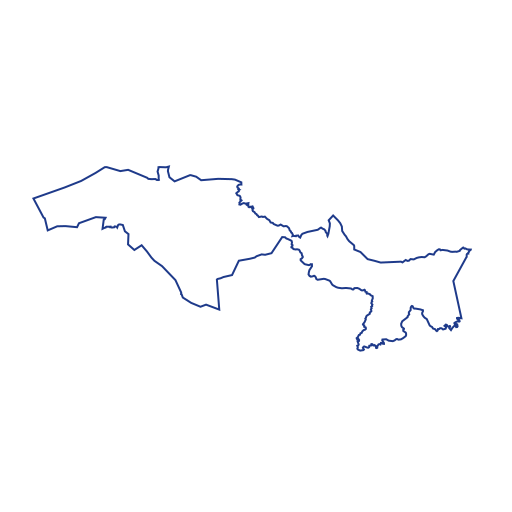 Zapotitlán Tablas, Guerrero, Mexico, rotated 263°
{"feature_id": "50627088B79623688791809", "entity_name": "Zapotitlán Tablas", "entity_type": "district", "adm_level": 2, "iso_a3": "MEX", "parent_name": "Mexico", "parent_adm1": "Guerrero", "projection": "natural_earth1", "projection_center": [-98.863, 17.322], "detail": "fine", "context": "isolated", "style": "outline", "palette": "blue", "viewbox_px": 512, "rotation_deg": 263, "n_neighbors": 0, "source": "geoboundaries", "source_scale": "gbopen_adm2", "svg_char_len": 6156}
<svg xmlns="http://www.w3.org/2000/svg" viewBox="0 0 512 512"><g transform="rotate(263 256 256)"><path d="M207.3,213.0L237.4,214.3L237.9,215.2L238.2,218.1L239.1,221.2L240.0,229.9L253.4,238.4L254.0,249.5L254.6,254.6L255.7,256.5L256.9,261.8L256.1,265.2L256.9,271.7L271.6,284.3L271.0,287.2L269.6,288.3L269.2,289.3L266.8,293.1L265.2,293.4L263.3,292.8L262.4,293.6L261.7,293.5L261.0,292.4L260.2,292.2L259.4,293.4L258.3,294.0L257.6,296.3L257.7,297.5L257.0,299.4L256.2,299.9L254.2,300.5L253.2,301.6L250.7,301.8L250.0,302.3L249.2,302.3L248.1,301.3L247.4,299.9L246.3,299.8L245.6,300.3L242.2,303.1L241.8,303.7L240.5,307.3L240.6,308.4L241.2,309.1L241.0,310.5L239.0,310.3L235.5,307.3L233.5,306.5L231.3,305.9L229.5,306.8L229.4,307.4L228.8,307.9L228.9,309.7L229.3,311.2L229.1,311.7L227.7,312.7L225.8,313.1L224.9,314.3L225.1,320.5L224.7,321.9L222.7,325.7L222.0,326.5L218.4,328.1L217.6,328.8L215.3,331.9L214.5,333.6L213.5,337.3L213.3,341.4L212.2,346.3L211.1,347.6L210.9,348.3L211.0,348.7L212.1,349.7L211.9,352.7L210.8,354.7L209.5,356.0L208.9,357.0L208.9,358.3L209.3,359.5L208.9,359.9L207.2,360.2L206.6,361.5L205.6,361.2L205.2,361.3L205.1,362.7L204.1,364.5L203.2,364.9L201.9,366.9L199.7,366.7L197.5,365.5L196.6,365.8L196.1,365.1L195.1,364.7L193.6,365.6L193.1,365.2L192.1,365.2L191.5,364.1L190.0,364.4L189.1,363.5L187.6,363.8L187.0,363.7L186.1,362.1L184.8,361.9L183.2,358.6L182.4,358.0L181.2,357.6L180.6,356.9L179.6,357.2L177.0,355.6L175.2,353.8L174.7,353.9L173.9,355.0L172.6,354.7L171.7,356.2L170.3,356.2L169.6,355.3L169.3,353.8L168.2,352.3L166.8,351.5L166.6,350.3L165.2,349.6L165.0,348.4L163.1,347.2L162.2,345.9L161.5,346.0L161.4,347.3L160.6,347.2L160.5,347.9L160.0,348.1L159.1,347.8L159.0,346.4L155.7,347.1L154.8,346.6L154.6,345.6L152.8,345.9L151.6,345.3L150.7,345.8L149.4,347.9L149.5,351.0L150.0,351.7L151.9,350.9L152.9,351.8L153.0,352.5L151.5,355.4L151.3,356.3L151.8,357.2L153.1,357.5L153.2,359.6L154.4,359.7L154.5,360.3L154.1,360.9L152.9,361.7L152.7,362.3L153.1,362.8L152.2,363.9L150.1,364.0L149.9,364.6L150.2,365.2L151.4,365.3L153.3,366.8L153.5,367.6L153.0,368.7L154.5,369.4L154.4,370.0L153.4,371.3L153.2,372.3L154.0,372.4L156.8,371.0L157.7,371.3L157.5,375.1L155.8,377.4L154.8,381.4L155.3,383.2L156.4,385.1L156.4,385.9L155.6,387.2L155.6,389.7L156.5,391.9L158.2,394.8L159.3,395.4L161.1,395.5L161.8,395.2L163.6,393.1L164.8,393.1L165.4,393.9L165.9,394.0L167.6,392.2L169.0,391.7L171.0,391.8L173.4,393.2L176.8,399.0L177.6,399.1L179.5,401.0L180.5,400.7L181.6,400.9L183.5,402.9L185.7,403.2L186.9,403.9L187.4,404.6L187.1,405.3L185.1,406.0L184.5,406.6L184.4,407.8L183.0,412.5L181.8,415.1L180.9,415.0L179.1,413.9L177.8,413.9L175.8,414.8L174.2,415.9L172.6,417.8L166.0,419.9L165.2,420.5L164.1,422.1L162.5,422.8L161.4,425.0L160.1,425.6L159.4,426.4L159.9,427.2L161.3,427.7L161.2,428.9L161.9,429.9L161.6,431.4L160.3,432.7L160.7,435.3L162.0,436.0L162.4,435.9L163.7,434.6L164.8,436.1L164.3,437.0L163.2,437.4L162.3,438.5L162.9,439.6L162.8,440.0L162.3,440.1L160.8,439.1L158.7,440.5L160.7,442.1L162.8,444.7L162.7,445.4L161.0,446.0L161.0,447.0L161.6,447.5L163.6,447.4L164.1,446.5L164.5,444.9L165.2,444.7L165.8,445.6L166.6,448.0L166.1,449.6L166.3,450.1L167.7,450.0L168.9,448.2L169.5,447.9L170.0,448.0L170.0,449.5L169.2,452.3L207.1,448.8L229.2,464.7L229.4,465.0L231.7,465.3L232.3,465.7L232.6,466.4L232.5,467.0L233.5,467.1L233.9,467.7L235.0,468.2L235.8,469.7L236.2,469.9L236.8,466.5L238.0,464.7L237.8,464.1L238.0,463.6L239.1,462.9L239.1,462.5L237.1,459.3L236.3,458.9L236.2,458.5L235.7,455.7L236.0,454.7L236.2,451.2L236.6,449.6L238.1,446.7L239.3,441.9L239.2,439.8L240.2,439.3L240.4,438.3L239.7,436.7L238.1,434.3L235.7,432.6L237.0,428.6L236.7,427.4L234.9,424.8L234.2,423.2L234.8,420.4L234.8,417.6L234.5,415.3L233.4,412.2L234.1,409.0L232.7,407.2L232.7,405.7L233.8,404.1L231.8,400.6L232.7,399.2L234.3,378.9L236.8,373.0L239.3,366.4L247.2,360.2L250.5,354.3L254.0,354.7L254.8,354.5L259.3,350.3L261.6,348.9L264.6,347.7L266.2,346.6L270.3,344.6L274.8,344.8L278.3,343.6L281.4,341.7L286.8,337.5L282.6,332.5L279.4,333.3L276.5,332.8L269.2,330.5L267.0,329.4L267.5,329.2L268.5,329.5L269.7,329.1L271.4,328.1L272.6,328.0L274.1,327.0L275.1,325.3L276.2,324.2L276.2,323.6L274.5,320.5L273.6,310.0L272.4,304.8L271.4,303.6L268.9,302.1L269.9,301.0L271.2,300.4L271.3,298.4L270.8,298.1L271.4,295.5L271.3,294.6L272.4,295.2L274.5,294.5L275.0,293.8L276.2,293.6L277.3,292.6L279.5,292.2L281.6,290.5L282.1,289.4L282.1,287.0L284.2,284.3L283.4,282.2L283.5,281.0L285.6,277.4L286.8,276.7L287.5,274.6L289.9,273.6L291.5,271.5L294.0,269.6L293.9,267.6L294.5,266.6L294.3,263.6L296.0,262.7L296.3,262.1L297.5,261.6L298.3,260.5L299.7,259.9L300.9,258.4L302.0,258.1L303.3,258.3L303.4,259.1L303.7,259.3L305.7,258.6L305.7,258.2L304.8,257.5L305.2,257.3L305.6,256.4L305.2,255.8L305.3,255.0L305.8,254.5L307.4,254.6L307.5,253.5L307.8,253.2L308.8,254.7L309.4,254.9L309.2,252.2L310.0,250.3L309.7,248.8L308.8,246.8L309.2,245.8L310.1,246.1L311.0,246.0L313.0,248.4L313.4,248.0L313.7,247.3L316.1,247.8L317.3,247.4L317.8,247.0L318.6,245.0L320.7,244.1L321.8,245.7L322.3,246.8L323.6,247.0L323.8,247.5L324.4,246.6L325.1,247.1L326.2,246.0L327.0,245.8L327.5,246.0L328.7,247.4L328.9,248.9L328.7,250.2L330.9,250.4L334.4,244.4L335.2,241.4L337.2,227.9L337.9,210.8L342.0,206.3L344.1,201.3L344.3,200.4L340.0,184.3L344.7,179.7L351.0,178.9L352.6,179.3L355.4,180.4L355.0,177.5L356.1,170.7L356.0,170.0L355.2,170.0L351.8,168.6L347.7,169.2L344.5,168.8L343.4,168.9L343.3,168.1L343.7,166.5L344.6,165.8L344.7,165.1L345.0,161.6L345.7,158.5L346.9,157.5L357.1,139.6L356.8,131.7L362.4,118.7L362.6,116.7L358.0,106.9L351.8,91.6L347.3,74.3L340.2,42.1L320.1,49.8L319.1,51.0L306.8,52.4L309.7,62.3L308.9,70.5L306.4,81.9L310.1,84.3L314.1,101.8L312.3,111.3L310.9,110.3L310.6,109.3L301.7,107.0L302.5,109.3L302.5,110.2L303.1,110.6L303.3,111.2L302.9,114.2L302.4,114.6L302.8,115.4L302.1,115.7L301.8,116.4L301.8,118.8L302.6,119.3L302.6,119.5L302.0,121.3L301.2,121.7L303.5,122.9L304.0,123.9L303.9,125.0L303.0,127.6L296.5,128.9L293.3,132.1L283.1,130.4L276.8,136.0L280.6,143.8L273.8,148.3L267.2,152.0L263.6,154.6L257.4,161.5L241.9,173.1L228.9,177.3L227.3,177.0L227.0,177.5L223.7,178.3L217.4,185.9L212.4,194.7L213.8,200.5L207.3,213.0Z" fill="none" stroke="#1e3a8a" stroke-width="2"/></g></svg>